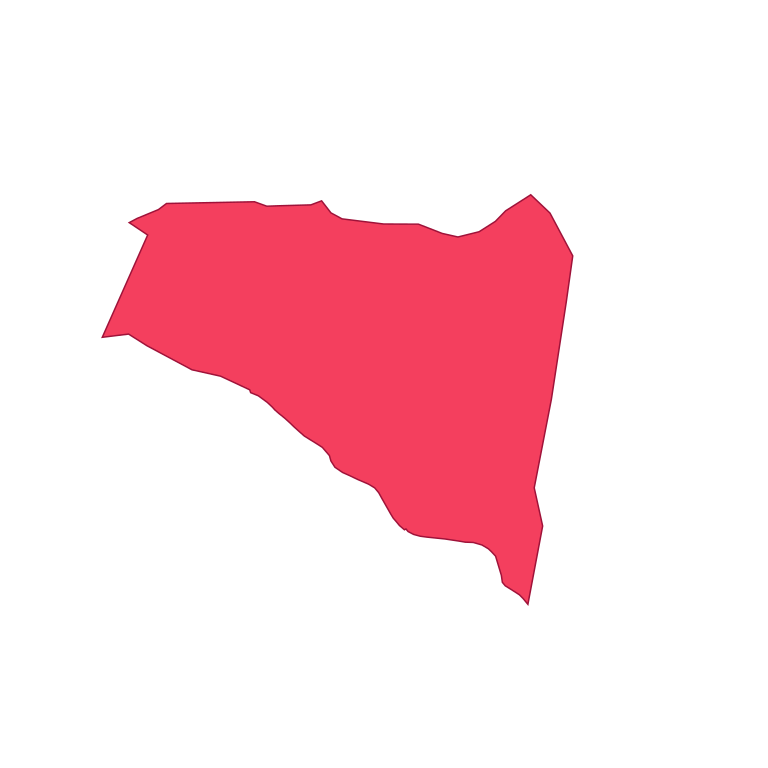 outline of Cedars, Castries, Saint Lucia, rotated 242°
{"feature_id": "8701671B84964760406378", "entity_name": "Cedars", "entity_type": "district", "adm_level": 2, "iso_a3": "LCA", "parent_name": "Saint Lucia", "parent_adm1": "Castries", "projection": "natural_earth1", "projection_center": [-60.983, 14.006], "detail": "fine", "context": "isolated", "style": "filled", "palette": "rose", "viewbox_px": 768, "rotation_deg": 242, "n_neighbors": 0, "source": "geoboundaries", "source_scale": "gbopen_adm2", "svg_char_len": 1191}
<svg xmlns="http://www.w3.org/2000/svg" viewBox="0 0 768 768"><g transform="rotate(242 384 384)"><path d="M557.5,157.2L548.0,181.9L529.0,192.7L486.7,221.1L467.6,243.4L441.9,262.7L439.0,262.2L432.6,267.5L422.6,272.3L416.2,274.5L412.2,275.5L407.0,277.5L400.7,280.2L393.5,282.8L388.8,284.3L380.8,287.2L375.5,289.2L369.6,292.6L361.0,297.6L357.0,299.8L346.4,302.2L341.0,301.0L333.5,301.6L325.3,305.9L320.6,309.6L311.6,316.3L303.0,323.2L296.7,327.0L290.5,328.3L284.1,328.4L266.0,328.9L261.0,329.2L256.8,330.2L251.8,331.2L245.7,333.6L245.7,335.3L242.4,336.0L237.3,339.5L232.6,344.5L228.6,350.1L218.6,365.0L210.3,376.2L206.2,381.5L202.2,388.4L195.9,394.9L189.5,398.8L185.6,400.1L179.6,401.7L160.0,397.8L153.3,395.4L148.9,396.3L143.4,399.5L134.3,404.6L129.3,406.1L121.9,407.6L184.1,457.4L221.8,467.9L291.9,524.6L302.5,532.5L370.8,583.4L408.5,610.8L457.0,610.8L482.2,602.4L482.0,600.2L479.8,572.7L475.3,558.7L473.8,539.4L479.1,518.3L489.6,506.1L509.0,489.4L516.5,475.4L525.5,458.7L549.5,424.5L560.0,417.5L575.0,414.9L576.5,403.5L590.0,376.3L596.0,364.0L605.7,355.2L645.5,276.7L643.9,266.7L646.1,243.9L646.1,234.8L626.5,245.3L557.5,157.2Z" fill="#f43f5e" stroke="#9f1239" stroke-width="1.5"/></g></svg>